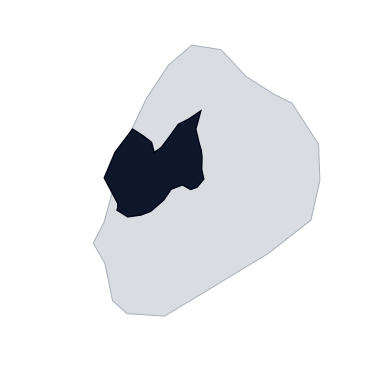 Andorra, with Escaldes-Engordany highlighted, rotated 134°
{"feature_id": "AND-4881", "entity_name": "Escaldes-Engordany", "entity_type": "state/province", "adm_level": 1, "iso_a3": "AND", "parent_name": "Andorra", "parent_adm1": "", "projection": "robinson", "projection_center": [1.58, 42.496], "detail": "fine", "context": "in_parent", "style": "filled", "palette": "ink", "viewbox_px": 384, "rotation_deg": 134, "n_neighbors": 0, "source": "natural_earth", "source_scale": "10m", "svg_char_len": 812}
<svg xmlns="http://www.w3.org/2000/svg" viewBox="0 0 384 384"><g transform="rotate(134 192 192)"><path d="M297.4,227.6L274.8,234.3L199.3,275.4L156.4,289.8L117.1,297.1L86.4,294.1L69.5,270.0L71.3,233.1L64.5,199.9L58.6,182.1L69.7,134.1L94.8,108.1L129.6,86.9L184.3,94.7L300.4,125.5L324.7,154.3L325.4,173.7L303.8,205.1L297.4,227.6Z" fill="#d9dde1" stroke="#a8b0b8" stroke-width="1"/><path d="M257.1,233.4L254.7,234.5L251.7,237.6L242.8,264.9L216.6,275.0L188.0,278.4L185.6,266.1L184.4,255.6L189.9,246.6L181.3,245.0L167.9,246.6L152.7,248.8L141.7,245.0L127.7,242.0L134.4,238.3L144.1,233.0L150.9,222.5L155.7,214.3L160.0,209.0L169.1,200.7L174.6,192.5L185.0,191.7L191.1,194.7L193.5,203.8L204.5,209.0L217.3,206.8L234.4,208.3L244.1,212.8L254.5,221.0L257.1,233.4Z" fill="#0f172a" stroke="#020617" stroke-width="1.5"/></g></svg>